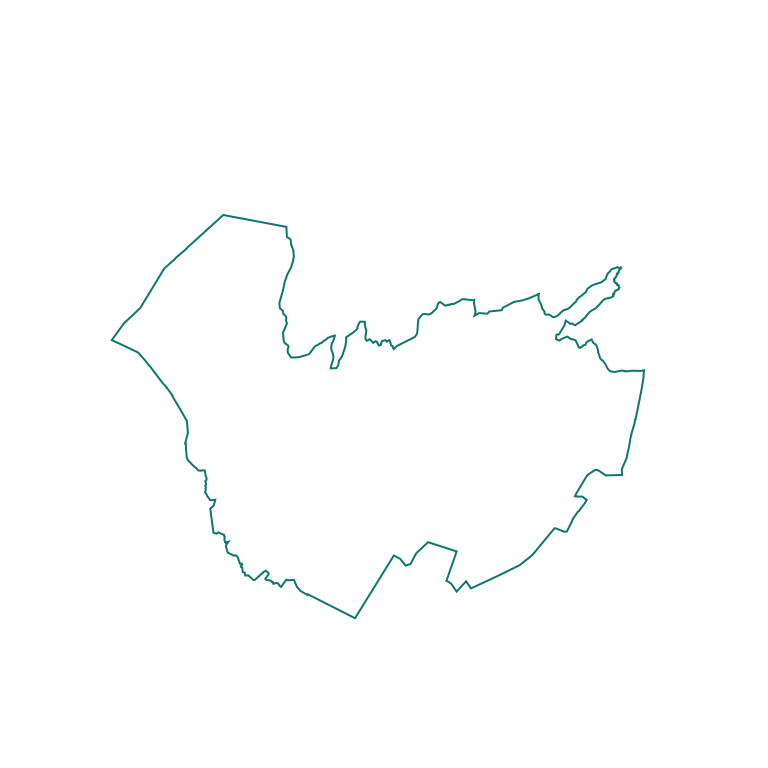 outline of Elkšņu pag., Viesites, Latvia, rotated 127°
{"feature_id": "27541924B76488433422396", "entity_name": "Elkšņu pag.", "entity_type": "district", "adm_level": 2, "iso_a3": "LVA", "parent_name": "Latvia", "parent_adm1": "Viesites", "projection": "natural_earth1", "projection_center": [25.573, 56.224], "detail": "fine", "context": "isolated", "style": "outline", "palette": "teal", "viewbox_px": 768, "rotation_deg": 127, "n_neighbors": 0, "source": "geoboundaries", "source_scale": "gbopen_adm2", "svg_char_len": 6166}
<svg xmlns="http://www.w3.org/2000/svg" viewBox="0 0 768 768"><g transform="rotate(127 384 384)"><path d="M317.3,556.5L345.8,614.1L392.0,622.9L397.0,623.6L408.3,626.2L409.9,626.2L424.0,629.0L470.2,624.4L492.3,628.2L512.8,627.8L509.7,613.7L508.7,608.4L506.8,599.3L509.1,588.2L510.4,583.6L511.2,579.8L516.1,562.6L516.7,560.4L516.8,558.8L518.9,550.9L520.5,546.2L520.8,546.2L528.2,528.4L532.1,519.3L541.0,511.2L551.0,507.1L550.7,506.8L550.7,506.6L555.9,502.3L561.5,497.2L562.1,496.3L563.1,494.1L563.2,492.0L563.8,489.2L564.2,485.4L564.1,484.0L564.8,480.1L563.4,478.1L561.5,476.1L561.0,475.4L561.1,475.0L565.0,470.7L565.7,469.4L566.9,468.3L567.6,468.1L568.9,468.3L569.4,468.1L570.9,465.9L571.3,465.6L572.8,465.6L573.3,464.6L573.9,464.0L576.8,462.2L577.9,461.9L580.0,457.3L580.9,454.3L581.4,453.1L580.5,451.7L578.0,449.1L583.5,446.9L584.9,447.0L588.1,447.8L605.3,430.8L605.3,430.2L604.4,427.8L603.9,427.4L602.2,427.0L600.8,420.8L601.7,420.0L602.0,419.1L603.6,418.3L604.8,417.3L605.5,416.0L606.0,415.8L606.1,415.2L605.2,415.3L605.0,414.3L603.7,413.3L607.1,413.2L608.6,412.8L612.7,407.3L611.4,400.5L610.4,399.9L609.9,398.7L610.7,395.9L612.3,393.8L613.1,392.3L614.0,391.5L614.1,391.1L614.2,390.8L613.1,389.4L613.1,389.0L613.7,388.5L614.9,388.7L616.0,388.5L616.1,388.0L615.9,387.1L616.2,386.4L619.0,383.9L619.1,383.3L618.6,382.2L618.5,381.4L619.9,380.4L620.4,379.5L619.5,378.3L618.5,377.3L619.1,370.1L618.7,369.7L617.8,369.2L605.9,366.9L605.2,366.3L604.3,366.0L604.4,362.6L605.3,361.7L609.8,361.5L610.2,361.7L611.1,361.4L611.0,361.0L611.3,360.6L611.0,359.3L610.1,358.2L609.1,355.5L609.5,354.4L608.9,353.5L609.1,353.0L610.2,352.3L610.2,352.1L607.5,350.1L607.2,349.3L607.2,348.1L608.2,344.8L608.0,344.1L599.0,344.2L598.7,343.8L598.8,342.8L594.6,338.0L598.3,331.7L599.6,325.9L599.3,324.7L598.6,318.3L597.8,318.4L588.5,266.2L515.1,272.9L513.9,265.8L516.1,257.5L511.7,254.5L499.6,256.4L483.8,253.6L474.0,225.2L503.6,215.7L503.1,211.9L503.1,209.9L506.1,201.1L492.2,199.7L494.9,191.5L467.8,177.1L447.0,166.6L431.5,162.6L396.6,161.0L395.4,158.7L395.0,156.6L394.1,153.0L393.3,150.8L391.8,149.2L380.5,151.2L379.1,151.8L377.6,152.0L369.3,152.3L368.3,151.9L357.7,151.9L354.5,152.4L354.7,154.2L354.5,157.8L357.0,161.0L357.4,161.9L358.8,163.9L355.5,164.6L334.3,166.8L325.4,163.6L324.0,161.2L323.6,152.0L313.3,139.0L309.0,142.8L297.3,145.6L292.1,148.2L286.9,150.4L280.1,154.0L274.4,156.6L264.6,160.3L261.2,162.2L260.6,161.9L233.8,174.8L223.6,180.1L216.6,184.6L218.6,186.3L224.5,194.3L228.1,198.1L228.9,199.2L228.6,199.3L230.2,202.2L235.2,206.7L236.1,207.7L237.5,210.8L237.6,211.9L237.4,213.7L236.8,215.3L234.8,219.3L233.7,223.2L233.8,225.2L233.3,227.1L231.1,229.9L230.0,231.8L228.0,233.7L225.7,237.0L225.2,237.8L225.1,238.8L225.2,241.5L223.5,245.0L227.1,246.9L228.7,247.3L231.5,246.8L233.2,248.1L234.2,248.2L237.2,249.1L237.5,250.7L236.4,252.3L233.9,257.3L234.3,259.4L235.7,261.6L235.8,265.6L236.1,266.4L241.6,269.5L243.8,270.0L244.7,273.6L240.7,276.0L239.1,274.1L228.6,275.2L224.1,277.0L223.7,271.8L223.9,271.4L222.4,270.0L222.5,269.3L222.0,266.7L214.0,263.8L213.8,264.3L209.4,263.2L206.8,263.5L203.0,263.1L201.0,262.6L196.4,260.6L191.1,259.8L186.1,259.5L184.5,259.2L183.0,258.6L181.6,257.6L179.3,255.3L175.9,253.7L175.5,253.7L175.1,254.2L175.0,254.8L173.9,254.8L173.4,254.4L173.1,254.7L173.4,254.9L173.4,255.2L172.1,255.0L171.3,255.2L170.5,255.1L170.1,255.4L168.9,254.3L168.3,254.4L167.2,253.6L166.9,254.0L165.3,254.0L164.7,255.5L163.9,256.1L164.6,257.3L164.2,258.0L163.5,258.3L163.5,258.5L164.0,259.3L163.7,259.8L164.0,261.0L163.5,262.0L162.4,262.3L162.3,263.0L161.5,263.5L161.2,263.2L159.6,263.3L159.2,263.2L158.9,263.4L158.2,263.2L157.2,263.5L156.1,264.3L155.7,264.3L155.8,263.8L155.7,263.7L154.5,264.1L153.8,263.7L153.6,263.8L153.5,264.1L151.2,264.7L149.9,264.5L147.6,264.7L149.0,265.3L149.6,265.8L150.0,266.3L150.2,267.8L150.7,268.1L150.8,268.4L151.9,268.8L154.8,271.0L155.9,271.4L158.3,271.3L161.4,271.9L162.3,271.4L164.3,271.1L165.8,270.4L166.9,270.3L168.8,270.7L172.5,271.9L173.0,272.4L178.1,276.0L179.6,276.9L184.5,278.6L185.6,278.8L189.7,278.1L191.2,278.7L194.8,279.4L197.0,280.3L201.1,280.8L201.7,280.4L202.8,280.3L205.7,280.9L210.1,281.4L213.3,282.3L216.9,284.9L220.4,285.8L224.0,286.2L226.1,287.1L228.2,288.3L228.7,288.9L229.0,290.2L228.9,291.6L229.3,294.1L231.2,296.3L231.3,296.9L230.9,298.4L229.6,299.4L228.3,303.6L227.0,304.7L223.3,311.5L221.3,313.2L219.9,314.2L218.9,314.5L219.9,315.4L220.8,315.5L228.6,320.0L234.1,323.9L240.2,329.6L251.6,335.0L254.1,334.3L262.7,343.5L265.6,343.7L270.1,350.7L274.9,352.9L271.3,354.2L265.7,360.4L262.6,362.6L263.2,362.9L264.5,364.8L267.6,370.1L267.4,370.1L267.7,370.7L268.8,372.2L269.7,372.8L272.2,373.6L278.1,376.5L279.8,378.5L281.7,379.5L281.8,380.2L284.7,382.3L284.7,388.4L285.0,388.8L287.2,389.2L291.9,387.6L295.3,388.0L296.8,388.4L297.6,388.3L301.1,389.6L302.3,391.3L302.8,392.4L304.7,394.8L305.7,395.3L311.4,395.5L313.5,394.5L322.7,388.5L324.4,387.8L327.7,387.7L330.9,389.1L346.1,396.7L350.2,397.1L349.8,398.5L348.6,399.6L348.9,401.4L345.6,406.0L346.8,406.7L348.5,407.3L348.1,409.3L351.1,411.5L354.9,410.1L356.3,411.2L354.7,415.0L354.8,416.4L357.6,417.3L356.9,422.4L359.8,423.7L359.1,426.0L357.1,427.5L352.1,430.1L350.0,433.0L348.1,435.0L346.6,436.1L345.9,436.8L348.5,440.5L350.2,440.6L354.8,439.4L355.8,438.5L361.9,439.7L369.5,442.4L371.5,440.8L376.5,437.9L379.5,436.7L387.0,434.2L392.3,434.0L396.5,431.9L399.9,431.5L403.1,435.3L403.5,436.0L402.0,436.9L396.1,439.0L392.8,440.6L390.1,443.7L389.3,445.3L387.3,447.7L383.2,450.0L379.7,450.6L375.6,452.1L374.1,452.3L375.8,452.9L377.1,454.2L381.1,456.7L383.4,457.1L384.9,457.7L389.3,458.9L390.3,459.6L392.5,460.4L395.3,461.8L404.7,461.8L405.5,462.0L413.7,468.0L417.0,471.8L418.8,474.5L416.8,479.7L416.5,480.1L414.1,481.8L411.7,482.7L411.1,483.4L410.9,484.5L411.0,487.5L410.9,488.3L409.7,490.2L408.7,491.2L403.9,495.5L393.9,498.0L392.5,500.3L389.5,502.2L389.0,503.3L388.6,506.6L386.5,508.6L386.1,512.8L382.3,516.3L370.9,520.7L361.3,525.1L358.5,525.7L357.2,526.4L354.4,527.2L346.9,528.3L345.0,529.1L341.6,530.2L336.8,532.5L331.9,536.7L329.5,540.3L329.2,541.4L325.5,544.8L325.0,545.5L324.7,547.2L325.0,549.5L324.7,550.3L317.3,556.5Z" fill="none" stroke="#0f766e" stroke-width="2"/></g></svg>